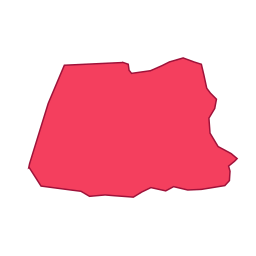 Ödeshög, Östergötland, Sweden (Natural Earth projection), rotated 352°
{"feature_id": "70781695B38762641138003", "entity_name": "Ödeshög", "entity_type": "district", "adm_level": 2, "iso_a3": "SWE", "parent_name": "Sweden", "parent_adm1": "Östergötland", "projection": "natural_earth1", "projection_center": [14.746, 58.253], "detail": "fine", "context": "isolated", "style": "filled", "palette": "rose", "viewbox_px": 256, "rotation_deg": 352, "n_neighbors": 0, "source": "geoboundaries", "source_scale": "gbopen_adm2", "svg_char_len": 742}
<svg xmlns="http://www.w3.org/2000/svg" viewBox="0 0 256 256"><g transform="rotate(352 128 128)"><path d="M231.8,173.5L226.7,167.8L214.6,158.9L208.5,144.5L209.5,129.5L216.6,120.7L219.6,111.8L214.5,105.0L214.2,104.5L211.5,99.6L210.5,86.0L209.5,75.1L202.4,71.7L192.7,66.5L192.4,66.3L178.3,68.3L170.3,71.0L158.2,74.4L139.1,74.4L137.1,71.0L137.1,64.9L131.8,62.2L131.6,62.4L73.8,57.0L73.7,57.0L52.4,92.6L25.6,149.6L24.2,153.5L24.6,153.3L33.8,173.4L63.4,181.6L72.6,184.1L80.4,190.3L80.5,190.3L96.0,191.1L103.9,192.9L107.6,193.7L123.7,197.2L132.7,193.3L142.4,190.2L156.6,195.5L165.0,192.4L178.5,197.7L192.1,199.0L215.9,198.5L221.1,194.2L223.0,185.0L222.3,179.7L228.8,175.8L231.8,173.5Z" fill="#f43f5e" stroke="#9f1239" stroke-width="1.5"/></g></svg>